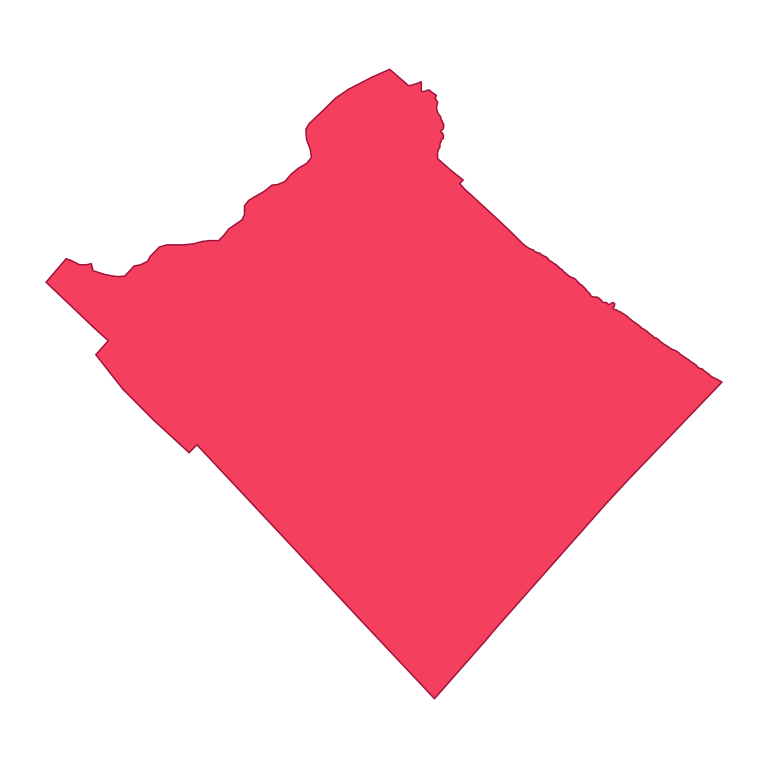 the district of Avellaneda, Ciudad de Buenos Aires, Argentina
{"feature_id": "61730980B497821979952", "entity_name": "Avellaneda", "entity_type": "district", "adm_level": 2, "iso_a3": "ARG", "parent_name": "Argentina", "parent_adm1": "Ciudad de Buenos Aires", "projection": "natural_earth1", "projection_center": [-58.33, -34.679], "detail": "fine", "context": "isolated", "style": "filled", "palette": "rose", "viewbox_px": 768, "rotation_deg": 0, "n_neighbors": 0, "source": "geoboundaries", "source_scale": "gbopen_adm2", "svg_char_len": 5248}
<svg xmlns="http://www.w3.org/2000/svg" viewBox="0 0 768 768"><path d="M434.5,698.7L485.3,640.9L495.0,629.3L606.1,503.7L628.6,479.4L678.2,427.8L696.1,409.1L720.7,383.5L720.9,383.2L721.9,382.1L721.4,381.7L720.4,381.2L719.1,380.6L717.9,379.6L715.9,378.9L714.4,377.9L713.2,377.6L711.6,376.5L710.7,376.0L709.7,375.0L708.5,373.8L706.6,372.6L705.6,371.9L704.8,371.3L705.1,371.4L703.9,370.6L703.1,369.8L702.1,368.9L700.7,368.5L699.4,368.3L698.5,367.8L697.2,366.5L695.9,364.9L694.4,363.9L692.9,362.9L691.1,361.9L689.8,360.8L688.8,359.9L687.3,359.0L686.1,358.2L684.9,357.4L683.4,356.4L682.0,355.5L680.4,354.3L678.8,352.8L676.9,351.4L675.0,350.4L672.9,349.6L671.6,349.2L670.0,348.0L668.4,347.0L667.0,346.0L665.5,345.1L663.7,344.0L662.4,343.0L660.7,341.8L659.7,341.0L658.9,339.9L657.5,339.1L656.1,338.0L655.0,337.7L653.9,337.4L653.0,336.1L652.1,335.7L651.3,335.1L650.4,334.3L649.4,333.8L648.6,332.9L647.9,332.1L647.4,331.7L646.4,331.0L645.7,330.4L644.7,329.9L644.0,329.3L643.0,328.7L642.2,328.7L641.5,328.0L641.0,327.2L640.5,326.7L639.8,326.3L639.0,325.7L638.4,325.0L637.6,324.5L637.1,324.2L636.3,323.7L635.5,322.8L634.6,322.4L633.7,322.0L632.7,321.1L631.7,320.3L630.8,319.4L629.9,318.8L628.6,317.8L627.3,316.4L626.0,315.6L625.1,315.1L624.0,314.1L622.8,313.4L621.7,312.8L620.6,311.9L619.7,311.5L619.0,311.7L618.1,311.3L616.9,310.0L616.3,309.8L615.2,309.7L614.2,309.4L613.1,308.4L613.1,307.6L613.4,307.3L614.0,306.9L614.5,305.9L614.6,304.9L614.6,304.5L614.6,303.9L614.4,303.4L613.6,302.9L612.9,302.6L612.1,302.8L611.4,303.2L610.9,303.8L609.8,304.2L609.0,304.5L608.5,304.5L607.9,304.1L607.0,302.9L606.3,302.6L605.2,302.6L604.5,302.5L603.7,302.5L602.7,302.2L602.4,301.9L601.8,301.2L601.4,300.3L600.3,299.4L599.0,298.3L598.0,297.6L596.4,297.0L595.3,297.0L594.6,297.2L593.6,297.0L592.6,296.7L591.7,296.3L591.0,295.9L590.4,294.9L589.8,293.8L589.1,292.8L588.2,292.2L587.2,291.0L586.3,290.2L585.5,288.9L584.4,287.7L582.8,286.2L581.9,285.2L580.6,284.6L579.4,283.5L578.1,282.0L576.7,280.8L576.2,280.1L575.2,279.0L573.6,278.1L572.1,277.6L570.6,276.9L569.6,276.5L568.3,275.4L566.7,274.2L565.7,273.5L565.1,272.6L563.9,271.8L563.1,271.0L562.2,269.6L561.5,269.4L560.5,268.7L559.6,268.1L559.0,267.2L558.0,266.7L557.6,266.3L557.1,265.5L556.3,264.9L555.9,264.6L555.0,264.0L554.4,263.8L553.4,263.1L552.5,262.5L552.0,261.9L551.2,261.5L550.3,260.9L549.6,260.6L548.7,260.1L548.6,259.4L548.4,259.0L547.5,258.2L547.1,257.8L546.4,257.2L545.1,256.5L544.0,256.1L543.2,255.5L542.0,255.1L541.2,254.6L540.5,253.5L539.2,253.1L537.9,252.8L536.5,252.3L535.2,251.7L534.1,250.9L533.1,249.8L532.0,249.6L530.8,249.2L529.4,248.5L525.3,246.0L524.4,244.9L523.1,244.2L521.9,242.9L519.0,240.0L517.9,238.9L512.4,233.4L500.7,222.2L469.9,193.8L465.7,190.1L459.7,183.6L461.6,181.7L463.2,180.0L453.6,172.5L450.5,170.0L437.8,158.8L437.5,157.3L437.5,156.2L437.6,155.5L437.5,154.3L437.5,152.9L437.8,151.4L438.3,150.1L438.6,149.0L438.7,148.9L439.4,148.1L439.9,147.1L439.9,146.6L439.9,145.6L440.0,144.4L440.1,143.6L440.5,142.6L441.3,141.3L441.4,140.4L441.6,139.4L442.6,138.9L443.3,138.4L443.3,137.5L443.5,137.0L443.4,135.4L443.2,134.9L442.8,133.9L442.5,133.0L441.9,132.7L440.9,132.1L440.7,131.0L442.3,129.7L443.0,129.1L443.5,127.4L443.8,126.3L443.6,124.6L443.2,123.2L442.3,121.5L441.7,120.5L441.1,119.2L440.8,117.1L439.7,115.4L438.5,114.1L437.7,112.5L437.2,110.8L436.7,109.0L436.7,107.7L436.9,105.0L437.5,103.6L437.7,102.1L436.6,100.6L435.3,98.4L435.3,97.6L436.2,96.2L436.4,95.3L435.3,94.6L430.7,91.4L429.8,90.3L428.5,89.9L427.4,90.3L423.6,91.7L423.0,91.5L422.1,91.4L421.2,90.6L421.3,88.5L421.4,82.3L421.0,81.8L420.7,81.9L420.1,82.2L416.0,83.9L413.3,84.6L410.8,85.4L409.7,85.5L408.6,85.6L408.4,85.5L389.7,69.3L387.0,70.5L379.3,73.9L372.4,76.9L348.3,89.4L345.9,91.1L345.4,91.4L335.7,98.0L328.7,104.9L323.0,110.5L318.9,114.4L309.1,123.7L309.1,123.8L308.7,124.4L308.1,125.4L305.9,129.3L306.0,131.1L306.5,139.4L309.9,148.4L310.3,149.6L310.4,150.1L311.2,156.3L311.4,157.4L310.8,158.2L307.7,162.2L307.2,162.9L306.9,163.3L306.6,163.4L303.6,165.2L298.7,168.0L297.3,169.1L296.0,170.2L291.1,174.2L284.8,181.6L278.5,184.2L278.1,184.4L276.6,184.6L271.8,185.2L270.0,186.7L266.7,189.4L264.8,191.0L257.8,195.0L256.5,195.7L248.9,200.3L248.7,200.4L245.4,204.6L244.5,205.8L244.5,207.9L244.5,213.1L244.5,213.8L244.5,214.4L244.5,214.6L242.7,218.4L242.0,219.8L240.9,220.6L236.3,223.8L234.4,225.1L228.8,228.9L223.7,235.5L221.1,238.1L218.6,240.6L209.8,240.6L205.6,241.1L202.5,241.4L198.7,242.4L193.6,243.8L183.1,244.9L180.2,244.9L174.3,244.9L166.7,244.9L164.7,245.5L163.1,246.0L161.9,246.4L161.5,246.5L159.1,247.2L158.9,247.4L157.8,248.6L154.0,252.5L153.7,252.8L150.3,256.3L148.3,260.0L147.9,260.8L147.7,261.3L145.2,262.5L140.7,264.7L140.5,264.8L136.9,265.5L134.1,266.0L133.5,266.7L129.4,271.1L124.6,276.2L119.7,276.5L119.3,276.6L113.8,276.2L113.5,276.1L112.4,275.9L108.6,275.2L105.3,274.6L102.9,273.9L99.0,272.6L97.7,272.2L93.2,270.8L93.0,270.7L92.8,269.7L92.5,268.8L92.2,267.3L91.9,266.0L91.8,265.8L91.3,263.7L85.9,264.8L85.7,264.8L79.7,264.8L78.6,264.3L77.0,263.5L75.6,262.8L70.5,260.2L66.2,258.7L46.1,282.2L55.0,290.7L76.1,310.7L81.1,315.5L93.0,326.9L108.3,340.7L95.8,354.7L123.0,389.3L153.5,420.0L189.1,452.7L196.9,444.8L295.5,550.1L346.7,605.2L356.0,615.2L434.5,698.7Z" fill="#f43f5e" stroke="#9f1239" stroke-width="1.5"/></svg>